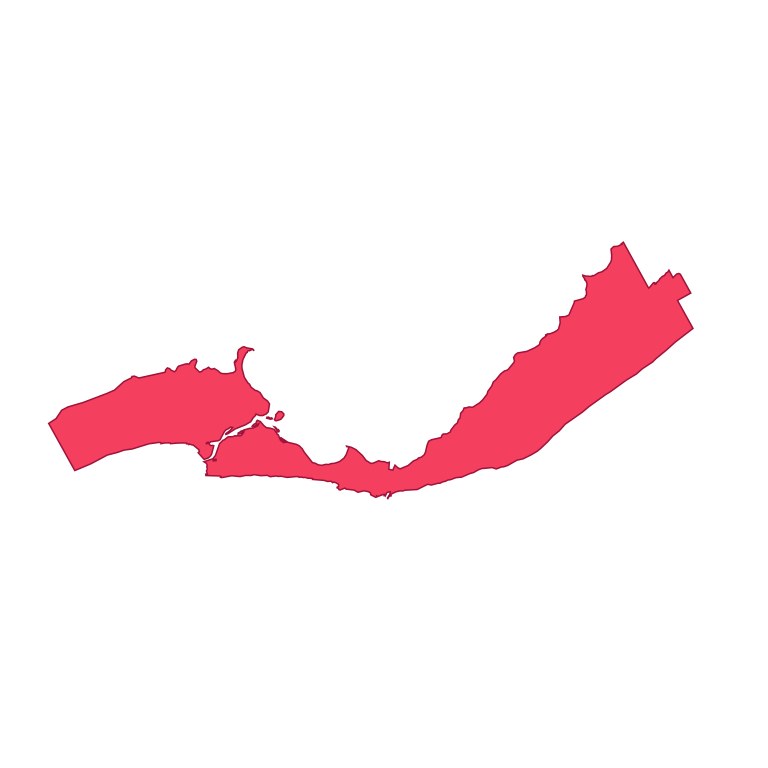 outline of Mandurah, Western Australia, Australia, rotated 241°
{"feature_id": "25037944B7523913669113", "entity_name": "Mandurah", "entity_type": "district", "adm_level": 2, "iso_a3": "AUS", "parent_name": "Australia", "parent_adm1": "Western Australia", "projection": "natural_earth1", "projection_center": [115.702, -32.629], "detail": "fine", "context": "isolated", "style": "filled", "palette": "rose", "viewbox_px": 768, "rotation_deg": 241, "n_neighbors": 0, "source": "geoboundaries", "source_scale": "gbopen_adm2", "svg_char_len": 6168}
<svg xmlns="http://www.w3.org/2000/svg" viewBox="0 0 768 768"><g transform="rotate(241 384 384)"><path d="M392.0,662.1L391.5,659.4L390.9,659.6L391.2,655.1L392.9,651.5L391.9,647.9L385.9,645.4L382.1,643.0L380.4,640.9L377.1,634.8L376.5,628.8L377.3,625.5L377.0,619.8L377.7,619.1L377.7,617.4L380.5,612.9L382.8,610.6L381.8,610.2L378.5,610.5L377.9,610.0L376.5,610.6L373.7,610.3L371.7,609.2L368.8,606.4L366.3,605.7L363.5,604.0L363.3,603.0L362.3,602.0L362.1,599.4L364.2,590.7L362.8,589.7L354.7,579.2L355.0,575.5L357.4,570.2L352.0,567.7L347.5,563.3L346.9,561.0L346.9,557.5L347.4,553.8L348.5,551.3L348.6,549.2L348.0,548.9L348.1,550.8L347.3,548.4L346.9,544.7L346.0,542.3L345.1,540.8L343.1,539.2L342.6,533.4L343.3,524.7L346.4,515.9L346.0,513.1L344.3,510.2L340.8,509.2L339.9,508.1L336.6,499.8L336.4,498.5L337.0,495.5L336.2,490.7L333.4,483.8L332.8,480.6L329.9,477.1L327.3,471.4L325.0,469.0L322.3,462.6L321.2,458.6L320.7,451.1L320.8,450.0L322.8,447.1L323.2,444.6L324.2,442.5L322.3,440.0L321.3,436.9L317.5,434.1L316.8,431.9L314.4,429.3L313.8,425.9L311.1,419.9L309.9,418.8L309.9,414.7L311.5,411.7L311.4,410.4L309.5,407.9L312.2,398.7L312.3,395.3L309.7,392.1L304.2,387.1L302.6,384.9L301.9,381.4L302.6,378.1L302.0,376.8L302.4,372.2L301.0,365.5L302.0,356.9L304.2,355.4L307.7,354.3L304.4,349.8L307.1,346.9L313.0,350.7L313.4,348.7L316.0,346.5L317.7,343.8L319.4,342.3L320.0,336.5L320.8,334.1L325.8,331.3L332.0,330.4L340.1,327.7L344.4,324.8L347.8,321.1L347.3,321.0L346.4,322.3L345.3,322.2L340.5,316.6L338.6,313.1L337.7,307.6L338.5,302.8L340.1,298.9L340.3,296.9L342.0,294.0L343.0,290.2L345.2,287.3L348.2,285.3L349.9,283.3L362.9,281.2L367.0,281.1L371.1,279.9L373.6,278.2L379.6,271.7L387.0,267.8L387.3,266.8L383.2,268.7L382.1,268.4L381.1,270.1L380.5,270.3L381.6,267.6L385.1,266.2L390.7,266.9L391.8,266.3L397.4,266.0L400.6,263.0L402.8,260.0L406.0,258.7L411.1,257.7L413.7,255.6L413.1,254.3L411.9,253.4L411.8,250.4L411.0,248.1L410.6,248.1L410.7,248.7L409.7,250.5L410.2,252.7L410.0,255.3L408.7,253.3L408.9,247.9L410.4,244.9L411.7,239.3L411.9,232.9L410.9,232.0L409.9,234.4L410.5,236.6L411.4,236.7L410.7,237.1L411.0,237.5L410.5,238.0L410.6,238.6L409.7,237.9L408.2,234.4L408.2,233.5L411.1,228.2L411.1,226.7L413.4,221.9L412.6,217.2L412.9,215.9L411.5,211.2L403.2,201.9L401.6,198.0L400.2,198.9L399.7,200.6L398.4,200.1L399.4,197.4L400.7,197.9L401.7,197.5L403.3,188.8L400.7,190.2L398.7,190.1L397.8,189.0L395.2,188.2L394.1,186.6L390.8,185.8L391.4,184.7L390.7,184.8L391.0,184.1L390.3,183.8L383.1,195.9L382.0,196.5L381.6,195.8L380.8,196.7L377.6,206.3L372.8,213.2L371.2,218.5L368.5,223.2L367.7,226.4L363.6,231.7L360.7,237.6L358.1,239.5L355.8,245.2L354.4,246.7L353.3,249.2L349.2,254.1L345.7,262.1L344.6,264.0L343.6,264.5L342.8,266.4L341.2,268.2L340.5,269.8L338.6,271.6L336.4,275.2L335.8,275.7L335.2,275.2L328.8,284.8L326.0,287.5L325.0,289.9L324.2,290.8L322.7,291.1L322.4,292.6L321.5,293.7L318.3,295.6L316.4,294.5L316.5,293.0L316.0,292.6L314.7,293.6L313.4,293.4L312.6,294.2L311.9,299.4L310.5,299.8L305.7,306.4L301.9,308.8L300.3,314.7L297.4,318.1L295.5,319.3L293.5,318.7L288.9,321.8L288.7,323.0L289.7,323.4L288.6,324.2L287.8,329.6L287.3,330.3L285.5,329.7L287.3,330.7L286.7,331.9L286.0,331.6L287.7,334.1L286.7,337.2L284.9,335.8L282.8,332.1L281.6,331.3L283.3,334.2L282.5,336.6L283.2,335.6L284.2,336.9L283.9,342.1L282.9,345.8L281.2,348.9L281.0,350.7L275.6,361.9L275.1,373.5L272.7,376.4L271.1,382.7L270.0,385.1L270.0,387.4L269.1,390.9L269.1,393.1L268.1,395.7L267.2,401.5L264.9,406.7L264.0,416.0L263.1,419.4L263.2,424.4L262.8,428.1L258.4,438.2L255.3,440.9L254.5,446.4L253.5,448.7L252.8,452.5L252.9,463.3L251.1,469.5L250.7,478.3L250.9,485.4L251.7,489.8L254.2,499.4L256.7,506.5L258.1,514.7L261.0,522.9L263.2,543.8L264.9,552.5L267.3,572.8L267.5,578.1L269.9,597.9L270.4,609.8L272.1,617.3L273.0,629.5L274.3,634.0L276.6,646.6L279.5,659.3L282.8,681.2L314.8,681.2L314.8,696.4L336.3,696.4L337.7,695.5L338.3,693.3L336.9,688.3L345.4,688.4L344.2,686.1L344.4,684.8L342.9,681.8L343.2,679.8L342.2,676.1L341.2,674.4L340.6,671.6L339.7,670.7L339.8,669.5L340.3,669.4L340.5,670.2L341.5,669.8L341.9,668.7L339.6,662.8L339.7,661.9L392.0,662.1ZM458.2,71.6L456.3,89.2L456.0,107.5L453.4,117.6L452.2,124.6L449.2,132.4L445.7,149.3L442.1,158.6L440.9,160.5L439.9,160.0L438.7,163.7L436.3,168.2L435.3,168.3L432.4,174.9L428.9,181.4L428.0,182.6L427.4,182.3L426.2,184.1L425.7,184.0L425.7,184.6L422.9,187.6L416.4,190.2L414.4,189.7L414.0,188.3L414.6,188.0L405.3,190.1L405.3,189.7L404.5,194.5L405.3,197.6L406.4,199.4L412.5,205.2L413.2,204.7L414.3,202.4L417.2,201.9L417.9,199.7L418.3,199.7L418.6,200.8L418.1,201.3L418.4,201.9L417.0,202.5L417.5,204.4L414.7,211.7L414.8,213.7L419.8,221.4L420.6,223.9L420.3,226.4L420.8,228.8L419.4,230.5L417.9,226.6L417.4,222.3L417.1,221.3L416.6,221.2L416.2,223.3L416.8,232.2L415.5,242.9L415.6,249.1L417.9,253.3L418.8,256.5L419.8,257.5L416.8,259.8L415.2,262.6L414.9,266.7L415.8,269.3L422.0,274.2L425.6,273.9L430.4,271.7L436.7,271.4L439.6,269.7L440.8,268.3L445.6,266.2L449.0,266.3L450.9,265.5L457.6,265.1L466.7,267.4L469.8,269.1L473.8,272.5L478.0,278.6L477.9,279.6L478.8,280.5L479.0,281.4L478.2,282.7L478.2,285.7L476.0,286.5L477.1,286.4L478.4,286.1L482.3,281.3L484.5,279.6L484.9,277.8L484.4,273.5L482.0,271.0L477.8,268.8L475.7,266.1L475.1,264.3L477.2,266.2L475.5,263.6L468.6,261.5L467.2,260.1L467.1,257.5L469.1,251.6L471.6,247.5L472.9,246.3L476.1,245.2L479.9,243.0L480.3,240.7L481.9,239.3L483.7,238.7L483.5,235.8L484.0,232.9L483.4,230.3L483.9,228.4L489.9,226.6L491.1,227.1L494.7,231.3L496.6,231.6L497.5,230.2L497.6,226.8L495.9,222.9L497.0,221.8L497.8,219.9L499.2,213.1L498.7,211.5L496.8,208.7L496.3,206.6L499.8,204.2L501.3,204.0L503.1,202.3L502.2,199.8L500.4,198.3L508.1,172.5L511.9,169.5L512.8,167.2L511.8,166.3L512.2,157.5L509.3,145.3L510.1,136.9L513.7,111.8L517.2,96.3L517.3,89.3L512.7,80.4L512.1,71.6L458.2,71.6ZM403.3,277.3L404.9,281.0L406.4,281.9L409.3,281.1L411.1,278.6L409.6,274.4L407.9,273.4L406.0,271.0L404.9,271.0L404.1,271.8L403.2,275.9L403.3,277.3ZM411.7,265.5L411.0,264.8L408.2,267.7L407.7,269.5L408.8,269.4L409.5,267.6L410.9,267.1L411.7,265.5ZM393.2,268.8L393.8,269.6L395.4,269.5L396.5,268.4L398.8,268.1L399.6,267.3L397.4,267.8L393.7,267.7L393.2,268.8Z" fill="#f43f5e" stroke="#9f1239" stroke-width="1.5"/></g></svg>